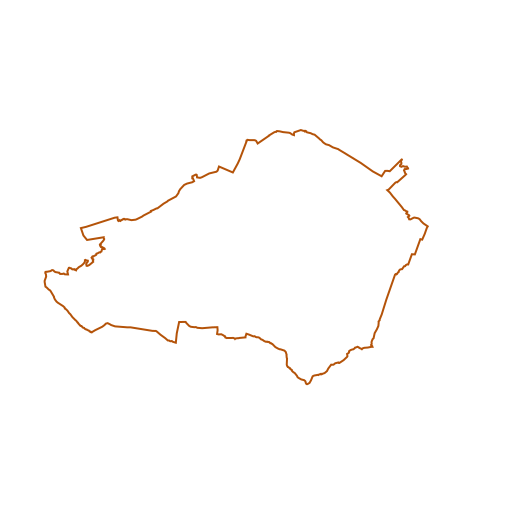 outline of Mironeasa, Iasi, Romania, rotated 313°
{"feature_id": "2599482B12728862677042", "entity_name": "Mironeasa", "entity_type": "district", "adm_level": 2, "iso_a3": "ROU", "parent_name": "Romania", "parent_adm1": "Iasi", "projection": "robinson", "projection_center": [27.412, 46.987], "detail": "fine", "context": "isolated", "style": "outline", "palette": "amber", "viewbox_px": 512, "rotation_deg": 313, "n_neighbors": 0, "source": "geoboundaries", "source_scale": "gbopen_adm2", "svg_char_len": 6116}
<svg xmlns="http://www.w3.org/2000/svg" viewBox="0 0 512 512"><g transform="rotate(313 256 256)"><path d="M312.9,381.1L337.2,370.4L338.2,370.5L338.7,371.0L338.6,371.3L339.1,371.4L340.8,371.0L341.5,371.3L342.6,370.7L344.0,370.5L345.1,371.0L346.0,371.8L349.5,371.3L350.3,372.0L351.5,371.8L353.0,372.3L353.6,373.1L363.6,368.8L365.5,371.1L380.4,364.7L381.3,366.4L387.3,364.3L393.0,361.8L394.8,361.4L394.0,356.2L394.1,352.9L394.5,350.8L394.4,349.8L394.1,348.8L392.2,345.7L391.5,345.2L388.1,344.0L387.3,343.0L387.9,342.0L388.1,340.5L390.0,340.7L390.2,339.9L389.5,337.0L389.6,336.8L391.4,336.7L391.7,336.4L391.2,335.3L390.9,333.6L390.5,332.8L391.2,329.4L392.6,318.8L392.9,315.4L393.7,310.7L393.7,307.1L395.0,307.7L404.5,307.9L405.6,308.2L406.4,308.8L406.4,309.0L416.9,310.0L418.2,310.0L418.3,308.6L418.8,307.5L419.3,306.9L419.4,306.0L420.5,305.5L421.0,305.5L422.1,306.6L423.7,307.6L423.9,307.4L423.9,306.6L424.3,305.3L422.9,304.1L422.0,302.2L420.4,301.5L419.9,300.1L420.1,299.8L420.8,299.4L422.5,299.5L423.5,298.5L424.1,297.2L425.7,297.1L426.8,296.5L426.2,296.7L409.2,296.0L408.1,294.3L406.3,292.4L400.0,293.5L397.5,283.7L395.5,269.1L390.3,244.0L390.3,243.4L387.9,238.2L386.9,233.8L385.4,231.0L385.1,229.3L384.9,227.5L385.2,224.8L384.9,223.2L385.0,222.1L384.7,216.1L383.7,214.3L383.1,212.2L381.2,208.9L381.1,208.2L381.5,207.7L381.3,207.1L380.4,206.8L380.5,206.4L380.7,206.2L379.9,205.4L378.7,202.9L372.7,199.7L371.4,200.2L370.3,201.3L369.5,199.6L369.2,197.2L368.7,196.1L365.0,191.2L363.4,188.4L361.7,186.1L360.5,186.1L360.2,185.6L358.8,184.9L353.0,183.3L352.9,183.5L339.4,180.5L340.3,177.6L340.1,176.7L339.6,175.8L336.4,172.3L335.1,170.5L334.5,170.6L334.1,170.3L333.4,170.6L333.4,170.9L315.7,178.1L311.1,179.6L301.3,182.1L296.2,167.9L292.3,169.7L290.7,169.6L284.5,165.5L276.7,162.7L275.0,161.8L273.3,159.3L274.9,157.3L274.8,156.8L274.4,156.4L270.8,155.1L269.5,156.3L269.9,156.6L268.5,159.7L266.5,159.1L262.0,156.2L259.0,155.0L253.3,155.0L250.8,155.5L249.0,156.4L245.0,156.9L236.3,153.9L235.6,154.0L231.2,152.7L223.6,151.4L223.0,150.8L219.5,149.5L217.3,148.4L216.9,149.0L208.8,146.1L207.1,145.8L201.6,143.7L200.5,143.2L197.3,140.5L195.1,136.7L194.2,135.9L193.4,135.5L193.3,135.0L193.5,134.8L193.2,134.1L192.3,133.6L191.5,133.7L191.0,133.2L189.0,132.9L188.8,132.4L189.1,131.8L187.8,131.5L187.9,130.7L189.8,128.3L187.6,126.5L161.5,111.9L157.0,108.9L153.3,115.8L152.5,121.5L165.8,131.8L165.3,132.2L164.9,133.4L164.6,133.6L163.1,133.9L157.9,134.0L157.6,134.4L158.0,135.1L157.1,135.4L156.8,136.4L157.6,137.4L157.5,137.8L157.8,138.3L157.7,138.5L158.2,139.8L158.0,140.5L157.4,140.2L156.4,138.6L153.8,139.9L152.9,139.5L152.3,139.6L151.8,138.9L149.8,138.3L149.3,137.9L148.8,137.7L147.9,138.3L147.3,138.2L145.3,137.4L144.5,137.4L144.2,136.7L142.6,136.9L142.2,138.6L142.6,138.9L142.6,139.3L142.0,139.8L141.1,140.0L140.7,140.9L135.6,140.2L133.9,139.5L133.3,138.8L134.2,137.4L135.0,137.0L137.2,136.8L137.9,136.2L136.9,134.6L136.9,134.0L136.3,133.7L135.6,134.4L134.3,135.0L132.2,135.1L129.9,134.9L126.8,134.0L125.3,134.0L123.9,133.7L122.8,134.2L122.2,132.6L122.6,132.4L122.5,132.1L121.2,131.1L120.9,130.6L121.0,129.4L120.6,128.8L120.2,127.6L119.7,127.2L116.1,128.5L114.3,131.1L114.2,131.0L112.4,128.9L112.1,128.4L112.1,127.4L110.8,126.6L109.3,125.0L109.5,124.5L109.3,123.7L109.5,123.4L107.4,120.2L107.2,118.9L107.3,117.7L107.0,116.9L106.3,116.3L105.0,116.1L104.5,115.8L101.8,113.8L101.3,113.2L100.7,112.9L99.9,113.4L99.3,114.9L97.8,116.6L93.8,118.3L92.9,119.1L90.0,122.9L90.2,124.5L90.1,127.4L90.4,128.5L90.3,129.6L88.4,136.1L88.0,136.4L87.1,138.5L86.6,141.2L86.7,143.0L87.8,149.2L87.8,151.3L87.2,152.0L87.5,153.3L87.4,155.6L86.8,158.2L86.8,159.9L86.1,163.4L86.0,166.5L85.9,166.9L86.0,167.8L86.0,169.1L85.6,171.0L85.8,171.2L85.4,172.5L85.4,174.1L85.2,174.3L85.2,175.4L85.8,176.1L85.5,178.0L86.2,179.4L86.0,180.1L86.2,181.4L86.8,182.3L86.8,183.1L87.5,184.7L87.3,185.7L87.5,186.3L87.8,186.5L87.6,187.0L88.2,187.6L88.2,188.0L89.0,188.1L92.1,189.0L99.4,191.8L102.2,192.3L104.1,192.3L105.7,193.3L106.4,195.6L106.7,197.1L108.4,200.9L115.8,210.2L118.2,212.8L130.6,231.3L132.9,233.9L133.1,234.8L133.3,239.9L134.0,245.6L134.1,249.1L134.9,250.0L135.1,251.2L135.5,251.8L136.4,252.4L136.5,253.6L137.9,256.5L145.4,250.8L155.3,244.8L159.8,249.5L159.5,250.7L159.3,254.9L159.8,256.6L161.9,259.5L163.0,260.5L163.5,262.1L166.5,265.9L173.8,272.5L177.6,276.3L175.6,278.5L172.4,280.7L173.1,282.1L175.1,284.0L175.8,286.5L175.8,287.3L176.1,287.9L175.9,288.1L175.9,288.7L175.5,289.1L176.0,290.5L180.6,295.3L181.2,296.9L181.1,297.2L181.6,297.2L183.0,298.3L184.0,299.3L184.7,299.7L189.3,303.8L189.8,303.3L192.6,302.0L193.8,304.6L195.2,308.4L195.7,309.2L196.4,309.7L196.6,311.0L197.0,311.9L198.0,313.0L198.5,314.2L198.5,316.6L199.1,317.9L199.4,320.1L200.0,321.7L200.4,322.2L200.9,322.4L201.0,323.0L201.9,324.0L202.1,324.6L201.9,325.0L202.1,325.6L202.0,325.9L202.5,326.5L202.4,327.2L202.8,327.8L202.6,332.3L203.3,335.2L203.9,336.9L204.4,337.4L206.2,341.3L206.1,343.2L204.6,345.8L204.2,346.0L202.5,347.9L202.3,348.5L197.6,352.5L196.9,353.5L196.9,353.9L196.7,354.3L196.5,355.0L196.9,355.6L196.8,356.8L197.1,357.4L196.8,357.7L197.0,358.1L196.8,359.0L197.1,359.9L196.5,360.8L196.5,362.9L196.8,363.7L196.8,364.3L196.3,367.7L195.8,368.8L195.8,370.0L196.6,373.3L198.0,375.8L198.1,377.0L198.0,377.7L197.1,379.0L196.8,380.1L196.9,380.5L197.4,381.0L199.7,381.7L202.6,381.0L206.6,379.5L207.1,379.6L208.3,380.1L211.4,382.4L211.5,382.8L212.4,383.0L214.0,383.8L213.8,384.3L214.1,384.6L215.9,385.3L217.1,386.0L220.2,386.4L223.0,385.6L227.8,385.1L228.7,386.2L229.4,386.8L231.6,387.1L234.4,388.9L234.5,389.2L234.3,389.5L234.6,389.9L239.6,391.1L244.4,391.4L245.1,391.2L246.5,389.4L248.3,389.9L249.2,389.6L249.8,389.0L251.6,389.3L253.4,390.2L254.1,390.8L255.7,391.1L256.4,390.9L258.1,391.9L258.8,392.1L259.3,393.4L259.2,394.3L259.8,395.7L260.0,397.0L261.2,397.0L262.7,397.8L265.3,400.2L268.5,402.5L269.0,403.1L269.4,402.4L269.2,401.3L269.4,400.8L270.6,400.6L271.7,399.3L272.4,398.9L274.7,398.0L276.0,398.1L280.5,395.4L284.8,394.4L288.3,393.2L290.9,391.2L291.7,390.3L293.3,390.3L293.8,389.8L294.8,389.4L299.0,387.8L312.9,381.1Z" fill="none" stroke="#b45309" stroke-width="2"/></g></svg>